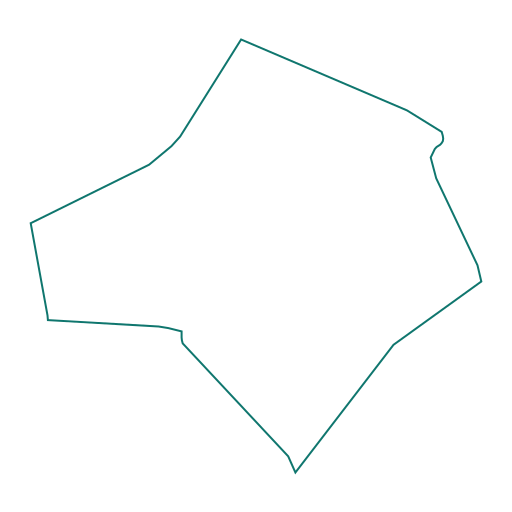 an SVG outline of Saint Joseph, rotated 90°
{"feature_id": "BRB-1994", "entity_name": "Saint Joseph", "entity_type": "Parish", "adm_level": 1, "iso_a3": "BRB", "parent_name": "Barbados", "parent_adm1": "", "projection": "mercator", "projection_center": [-59.553, 13.212], "detail": "fine", "context": "isolated", "style": "outline", "palette": "teal", "viewbox_px": 512, "rotation_deg": 90, "n_neighbors": 0, "source": "natural_earth", "source_scale": "10m", "svg_char_len": 511}
<svg xmlns="http://www.w3.org/2000/svg" viewBox="0 0 512 512"><g transform="rotate(90 256 256)"><path d="M281.5,30.7L344.8,118.5L472.5,216.6L456.3,223.8L343.4,329.3L340.3,330.1L337.5,330.4L331.4,330.4L328.1,343.6L326.5,353.4L320.1,464.1L315.4,464.5L223.2,481.3L164.7,362.9L146.2,340.6L136.6,331.9L39.5,270.9L110.4,105.0L131.9,70.3L135.8,69.2L138.7,68.8L141.2,69.2L143.0,70.3L144.7,71.8L147.0,75.4L149.0,77.2L157.5,81.3L178.3,75.8L265.3,34.5L281.5,30.7Z" fill="none" stroke="#0f766e" stroke-width="2"/></g></svg>